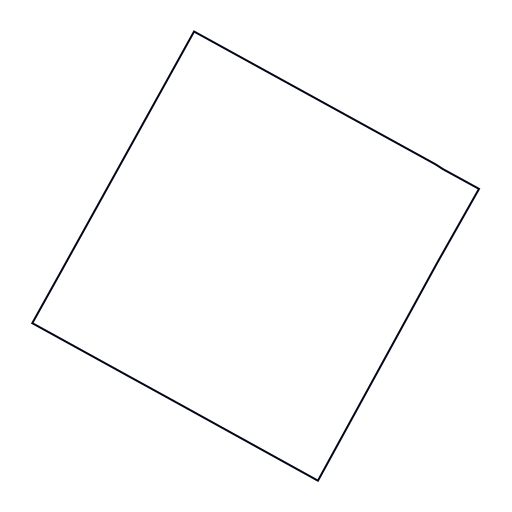 the district of Newton, Mississippi, United States of America, rotated 29°
{"feature_id": "52423323B80025699833508", "entity_name": "Newton", "entity_type": "district", "adm_level": 2, "iso_a3": "USA", "parent_name": "United States of America", "parent_adm1": "Mississippi", "projection": "mercator", "projection_center": [-89.133, 32.4], "detail": "fine", "context": "isolated", "style": "outline", "palette": "ink", "viewbox_px": 512, "rotation_deg": 29, "n_neighbors": 0, "source": "geoboundaries", "source_scale": "gbopen_adm2", "svg_char_len": 298}
<svg xmlns="http://www.w3.org/2000/svg" viewBox="0 0 512 512"><g transform="rotate(29 256 256)"><path d="M93.0,89.7L93.0,367.9L92.9,423.2L202.1,422.9L256.5,422.7L419.1,422.5L417.8,174.9L418.5,89.2L377.4,89.4L368.8,88.8L97.0,89.7L93.0,89.7Z" fill="none" stroke="#020617" stroke-width="2"/></g></svg>